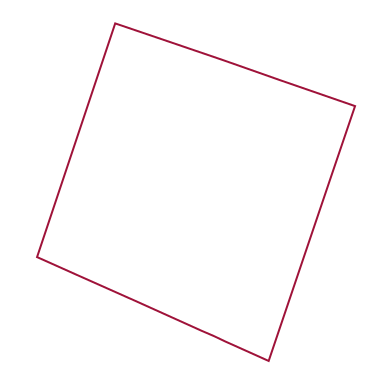 the district of Noxubee, Mississippi, United States of America, rotated 109°
{"feature_id": "52423323B86616716880286", "entity_name": "Noxubee", "entity_type": "district", "adm_level": 2, "iso_a3": "USA", "parent_name": "United States of America", "parent_adm1": "Mississippi", "projection": "equal_earth", "projection_center": [-88.56, 33.107], "detail": "fine", "context": "isolated", "style": "outline", "palette": "rose", "viewbox_px": 384, "rotation_deg": 109, "n_neighbors": 0, "source": "geoboundaries", "source_scale": "gbopen_adm2", "svg_char_len": 347}
<svg xmlns="http://www.w3.org/2000/svg" viewBox="0 0 384 384"><g transform="rotate(109 192 192)"><path d="M57.7,65.8L57.6,145.2L57.2,204.6L57.3,242.8L57.6,318.5L57.6,319.5L304.0,317.3L307.9,273.6L312.9,216.3L312.9,215.9L320.1,137.8L321.1,124.3L322.5,111.9L326.8,64.5L133.9,65.5L57.7,65.8Z" fill="none" stroke="#9f1239" stroke-width="2"/></g></svg>